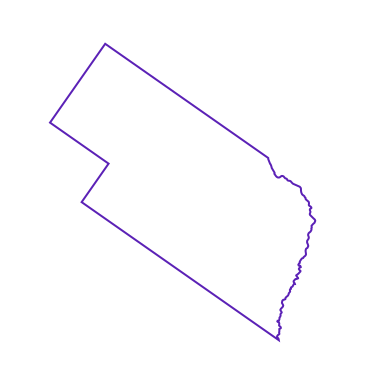 the State of Nebraska, rotated 35°
{"feature_id": "USA-3532", "entity_name": "Nebraska", "entity_type": "State", "adm_level": 1, "iso_a3": "USA", "parent_name": "United States of America", "parent_adm1": "", "projection": "mercator", "projection_center": [-97.897, 41.5], "detail": "fine", "context": "isolated", "style": "outline", "palette": "violet", "viewbox_px": 384, "rotation_deg": 35, "n_neighbors": 0, "source": "natural_earth", "source_scale": "10m", "svg_char_len": 4575}
<svg xmlns="http://www.w3.org/2000/svg" viewBox="0 0 384 384"><g transform="rotate(35 192 192)"><path d="M35.9,216.6L35.9,210.7L35.9,204.8L35.9,198.8L35.9,192.8L35.9,186.9L35.9,180.9L35.9,174.9L35.9,168.9L35.9,162.9L35.9,156.8L35.9,150.8L35.9,144.7L35.9,138.7L35.9,132.6L35.9,126.5L35.9,120.4L42.9,120.4L48.9,120.4L55.0,120.4L61.1,120.4L67.2,120.4L73.3,120.4L79.4,120.4L85.5,120.4L91.6,120.4L97.7,120.4L103.7,120.4L109.8,120.4L115.9,120.4L122.0,120.4L128.1,120.4L134.2,120.4L140.3,120.4L146.4,120.4L152.5,120.4L158.5,120.4L164.6,120.4L170.7,120.4L176.8,120.4L182.9,120.4L189.0,120.4L195.1,120.4L201.2,120.4L207.3,120.4L213.3,120.4L219.4,120.4L225.5,120.4L231.6,120.4L234.7,120.4L234.9,120.4L235.0,120.5L235.7,121.4L236.0,121.6L239.8,124.1L240.0,124.2L240.4,124.2L240.6,124.3L242.1,125.3L243.6,126.6L248.5,128.8L248.9,129.2L249.0,129.8L249.4,130.0L252.0,130.9L253.0,131.0L253.9,130.9L254.3,130.7L255.1,130.1L255.3,129.9L255.4,129.7L255.9,128.4L256.0,127.8L256.3,127.4L256.7,127.1L257.1,126.9L258.0,126.7L260.4,127.3L261.9,126.9L262.4,127.0L263.1,127.4L263.5,127.6L264.3,127.5L265.7,126.8L266.5,126.6L269.1,127.2L270.1,127.3L277.2,125.9L278.1,126.1L278.9,126.4L279.5,127.0L280.5,128.4L281.8,129.7L282.6,130.2L283.4,130.7L284.3,130.9L286.1,130.9L286.5,131.0L287.3,131.5L288.3,131.7L288.6,131.9L288.8,132.3L289.2,132.6L289.9,132.8L293.1,133.1L293.7,133.5L294.2,134.0L294.6,134.6L294.8,135.1L295.0,135.4L295.2,135.7L295.6,135.9L296.0,136.0L297.5,135.9L297.9,136.0L298.4,136.1L298.8,136.4L299.0,136.8L298.9,137.2L298.7,137.5L298.5,138.0L298.5,138.6L298.9,139.2L300.4,140.3L300.7,141.1L300.9,142.0L301.3,142.7L301.9,143.1L306.5,143.9L308.1,144.1L308.9,144.4L309.5,144.9L310.0,146.9L309.5,149.0L309.3,151.1L310.6,152.6L310.6,153.3L311.1,153.8L311.5,154.4L311.7,155.2L311.8,156.3L311.6,157.3L311.3,158.1L311.2,159.0L311.5,160.2L312.0,160.9L313.2,161.7L313.8,162.3L314.2,163.1L314.3,164.0L314.3,165.0L314.4,166.1L315.4,167.5L316.9,168.4L318.2,169.5L318.6,171.4L318.5,171.8L318.1,172.8L318.1,173.4L318.2,173.8L318.8,175.1L319.0,175.3L321.1,177.6L321.4,178.7L321.3,179.6L321.0,180.5L320.8,181.4L320.9,182.0L320.9,182.3L320.8,182.5L320.4,183.0L320.2,183.4L320.1,183.8L320.1,185.8L320.2,186.9L320.4,187.7L320.9,188.1L320.9,188.5L320.7,189.5L320.8,190.5L321.5,191.0L322.0,191.0L322.7,190.5L323.0,190.4L323.4,190.6L323.9,190.9L324.2,191.2L324.1,191.4L323.9,191.6L323.7,192.1L323.6,192.8L323.5,193.2L323.7,193.8L324.2,194.1L325.7,194.4L326.0,194.4L326.2,194.5L326.4,195.0L326.1,197.0L326.1,197.5L325.2,200.5L325.8,200.9L327.4,201.4L328.0,201.5L328.4,201.9L327.8,202.9L327.1,203.7L326.7,204.0L326.4,206.0L326.4,206.8L326.9,207.4L328.5,207.9L329.0,208.3L328.2,208.7L328.3,209.4L328.4,210.9L328.6,211.6L328.1,212.9L327.9,213.2L327.9,213.5L328.1,213.6L328.2,213.8L328.2,214.0L328.4,214.2L328.6,214.6L328.4,214.8L328.2,215.1L328.2,215.5L328.3,216.0L328.6,216.4L329.3,217.0L329.5,217.4L329.5,217.9L329.4,218.9L329.4,219.5L329.9,220.7L330.0,221.9L329.8,222.8L329.5,223.6L329.4,224.7L329.4,225.3L329.8,225.9L329.9,226.3L329.1,227.5L328.6,228.0L328.5,228.3L328.4,228.8L328.4,229.4L328.6,229.8L328.8,230.1L328.9,230.6L329.3,231.3L331.2,232.2L331.8,232.6L332.2,233.7L332.1,234.7L332.0,235.5L331.8,236.7L332.0,237.9L332.5,238.3L333.2,238.5L334.0,238.8L334.6,239.3L334.6,239.8L334.5,240.4L334.5,241.0L334.8,241.7L335.5,242.5L335.7,243.3L335.8,243.6L335.7,244.3L335.7,244.6L335.9,245.0L336.5,245.9L336.9,247.3L337.0,247.5L336.8,247.8L336.5,248.1L336.0,248.4L336.2,249.1L336.8,249.2L337.5,249.0L338.2,249.1L338.8,249.5L339.2,250.1L339.5,250.7L339.9,251.4L340.5,251.6L341.8,251.7L342.4,252.0L342.8,252.5L342.7,253.1L342.1,254.2L343.1,255.5L343.6,256.3L343.8,256.9L344.9,258.1L345.0,258.3L344.9,258.8L344.5,259.7L344.4,260.7L344.5,261.5L344.9,262.0L346.5,262.4L347.2,262.7L348.1,263.6L340.6,263.6L333.1,263.6L325.6,263.6L318.2,263.6L310.7,263.6L303.2,263.6L295.7,263.6L288.2,263.6L280.7,263.6L273.2,263.6L265.7,263.6L258.2,263.6L250.7,263.6L243.2,263.6L235.8,263.6L228.3,263.6L220.8,263.6L213.3,263.6L205.8,263.6L198.3,263.6L190.8,263.6L183.3,263.6L175.8,263.6L168.3,263.6L160.8,263.6L153.4,263.6L145.9,263.6L138.4,263.6L130.9,263.6L123.4,263.6L115.9,263.6L107.4,263.6L107.4,260.7L107.4,257.8L107.4,254.9L107.4,251.9L107.4,249.0L107.4,246.1L107.4,243.1L107.4,240.2L107.4,237.3L107.4,234.3L107.4,231.4L107.4,228.4L107.4,225.5L107.4,222.5L107.4,219.6L107.4,216.6L105.1,216.6L100.8,216.6L96.6,216.6L92.3,216.6L88.1,216.6L83.8,216.6L79.6,216.6L75.3,216.6L71.1,216.6L66.8,216.6L62.6,216.6L58.3,216.6L54.0,216.6L49.8,216.6L45.5,216.6L41.3,216.6L35.9,216.6Z" fill="none" stroke="#5b21b6" stroke-width="2"/></g></svg>